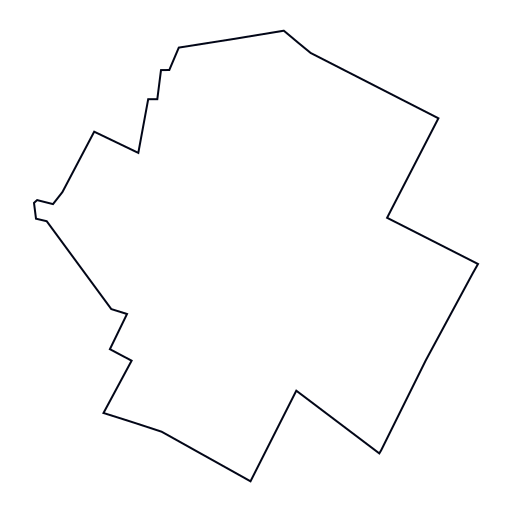 the district of Lamoille, Vermont, United States of America
{"feature_id": "52423323B54117752265696", "entity_name": "Lamoille", "entity_type": "district", "adm_level": 2, "iso_a3": "USA", "parent_name": "United States of America", "parent_adm1": "Vermont", "projection": "orthographic", "projection_center": [-72.691, 44.6], "detail": "fine", "context": "isolated", "style": "outline", "palette": "ink", "viewbox_px": 512, "rotation_deg": 0, "n_neighbors": 0, "source": "geoboundaries", "source_scale": "gbopen_adm2", "svg_char_len": 542}
<svg xmlns="http://www.w3.org/2000/svg" viewBox="0 0 512 512"><path d="M310.7,53.0L298.5,43.0L283.8,30.7L233.3,39.0L178.8,47.6L169.3,70.0L161.0,70.1L157.3,99.2L148.2,99.2L138.3,152.9L94.2,131.7L62.4,192.1L53.0,204.1L37.1,200.1L34.0,202.9L36.0,218.7L46.7,221.2L111.3,309.1L127.0,314.0L109.9,349.2L131.6,360.7L103.5,413.0L130.4,421.5L161.6,431.7L250.5,481.3L296.3,390.7L379.3,453.4L381.1,450.4L425.7,360.5L429.3,353.8L472.8,273.2L478.0,264.0L387.1,217.8L391.6,209.0L438.4,118.3L310.7,53.0Z" fill="none" stroke="#020617" stroke-width="2"/></svg>